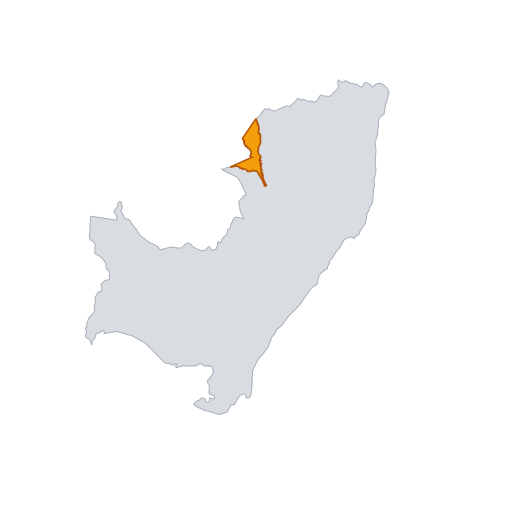 Tahuamanu, Madre de Dios, Peru shown in context, rotated 246°
{"feature_id": "86281439B15199345066694", "entity_name": "Tahuamanu", "entity_type": "district", "adm_level": 2, "iso_a3": "PER", "parent_name": "Peru", "parent_adm1": "Madre de Dios", "projection": "albers", "projection_center": [-70.382, -10.903], "detail": "fine", "context": "in_parent", "style": "filled", "palette": "amber", "viewbox_px": 512, "rotation_deg": 246, "n_neighbors": 0, "source": "geoboundaries", "source_scale": "gbopen_adm2", "svg_char_len": 9167}
<svg xmlns="http://www.w3.org/2000/svg" viewBox="0 0 512 512"><g transform="rotate(246 256 256)"><path d="M361.2,152.8L361.1,154.1L359.4,154.8L357.8,153.8L355.5,154.1L352.1,151.0L343.9,151.5L340.3,155.1L334.8,155.9L328.9,157.6L322.2,158.3L311.6,164.2L309.2,166.6L304.5,170.1L300.6,171.2L298.8,181.8L295.0,188.0L293.6,191.4L295.7,196.5L295.7,199.0L293.6,201.0L291.8,201.3L288.2,203.5L283.0,208.2L282.0,211.8L283.8,216.5L283.2,217.1L278.8,218.0L279.0,220.7L278.1,221.7L281.8,225.5L283.9,226.3L284.1,227.3L283.7,228.3L282.9,228.7L282.8,229.5L285.6,232.3L287.6,237.9L291.5,240.7L291.6,242.5L292.7,244.3L294.8,245.6L299.5,251.2L299.6,253.9L294.8,259.9L302.8,259.8L311.7,261.9L313.0,262.8L314.1,265.5L314.2,267.3L316.0,268.7L315.8,272.0L327.5,272.0L335.1,271.2L347.3,261.1L349.3,260.2L348.3,262.4L348.1,264.0L348.8,265.7L347.4,268.2L347.3,292.8L349.5,291.5L352.3,293.8L354.4,293.9L361.1,291.1L368.9,291.6L386.9,323.8L385.3,326.0L385.4,327.6L383.2,329.0L380.9,331.6L380.8,344.3L378.9,348.2L379.9,350.2L380.9,354.3L382.5,356.7L383.0,358.3L382.8,358.9L380.3,360.2L380.1,362.6L375.6,367.1L374.8,370.2L373.1,371.2L372.8,374.6L376.8,380.3L374.2,383.7L371.8,388.6L375.8,399.2L377.5,400.7L379.2,400.6L381.9,401.5L383.3,403.1L380.0,405.0L379.5,405.9L379.7,409.3L376.1,411.9L371.4,418.5L370.1,418.8L367.6,420.8L367.2,421.8L367.6,422.7L369.7,424.7L369.9,427.1L366.4,430.0L364.0,430.3L363.1,431.1L364.1,435.2L364.1,437.0L363.3,439.2L361.6,441.5L356.5,443.9L351.8,444.3L343.9,438.3L341.4,435.8L333.6,430.7L332.3,425.4L329.7,422.8L324.8,420.8L321.0,418.0L318.1,416.8L311.0,410.8L304.4,408.9L292.3,402.6L285.7,400.6L277.3,394.7L272.7,393.1L269.0,390.4L258.0,384.6L256.2,382.8L254.5,379.9L252.0,378.1L249.2,374.2L245.0,371.9L241.0,368.8L236.0,360.5L233.7,358.6L233.5,354.8L231.8,353.1L234.2,351.8L235.6,345.8L234.7,342.8L228.9,334.9L227.8,331.6L223.6,325.6L222.0,321.9L218.7,319.3L217.2,317.0L215.4,316.1L215.2,313.2L213.8,307.9L211.9,305.2L205.3,300.3L204.5,294.8L202.9,291.0L193.4,275.8L187.7,261.0L183.0,252.9L181.0,248.1L180.8,245.6L177.3,241.3L175.4,237.3L167.7,229.8L163.1,221.3L162.4,218.8L159.3,214.1L154.3,208.1L151.9,205.8L137.2,198.6L130.2,194.2L129.3,191.9L129.6,190.5L131.0,189.2L133.1,190.1L134.4,189.6L135.3,187.9L135.2,185.3L133.9,182.1L129.0,175.9L130.1,173.0L125.1,165.8L126.0,158.6L127.0,156.8L133.8,149.3L135.6,146.1L138.6,144.1L141.6,141.1L145.3,138.7L146.3,139.4L147.6,143.3L147.5,145.9L148.6,148.7L146.1,151.4L143.3,150.9L142.2,151.6L141.9,152.8L142.4,154.8L143.1,155.6L145.2,155.6L142.5,159.5L142.8,160.2L144.8,160.9L146.6,159.8L148.5,157.6L149.7,157.3L156.9,160.7L160.2,160.2L162.8,161.9L163.2,164.5L166.9,169.7L172.2,170.9L173.1,170.4L174.2,168.4L175.4,168.1L175.6,165.1L180.1,161.8L180.7,159.7L180.0,158.2L180.1,157.0L182.6,149.9L183.4,149.2L184.1,146.9L185.2,145.5L186.5,137.7L187.8,137.7L189.0,139.5L190.4,139.0L189.6,137.3L189.9,136.6L194.8,130.3L196.4,128.9L220.9,119.7L233.1,110.7L243.7,98.2L246.9,85.7L248.2,86.6L250.3,86.2L249.5,81.3L249.9,78.9L249.8,78.2L246.4,75.2L244.9,72.0L241.9,70.2L242.0,69.5L245.2,70.1L248.1,69.8L250.5,67.7L252.3,67.8L256.4,70.6L259.4,70.8L260.4,72.8L263.4,74.2L267.6,78.4L269.6,83.0L269.5,83.9L271.3,86.3L275.4,87.4L279.4,90.8L283.6,91.9L285.5,95.0L286.7,95.9L287.3,97.7L286.6,99.8L287.3,100.9L290.4,102.7L293.0,102.8L293.6,103.6L295.1,108.8L294.1,111.4L294.5,112.8L298.0,114.0L299.0,115.1L301.7,115.4L305.6,114.2L310.4,115.8L314.1,115.2L315.8,114.7L317.6,113.6L319.0,113.6L322.8,110.3L323.9,110.0L327.9,111.5L331.3,113.7L335.5,113.3L337.2,111.9L340.3,111.1L345.8,113.9L347.0,115.2L348.5,115.4L354.4,118.2L355.4,119.3L358.5,120.3L359.2,121.2L359.0,122.2L345.2,143.4L349.5,145.1L353.4,144.1L355.5,145.5L357.0,148.9L360.1,151.2L361.2,152.8Z" fill="#d9dde1" stroke="#a8b0b8" stroke-width="1"/><path d="M316.0,293.5L316.4,293.7L316.4,294.0L316.8,294.4L317.4,294.4L317.5,294.3L318.1,293.8L318.3,294.0L318.5,294.0L318.8,293.9L319.3,294.0L319.4,293.8L319.7,293.8L320.0,293.8L320.4,293.9L320.6,293.7L320.9,293.9L320.9,293.7L321.2,293.6L321.4,293.7L321.5,293.7L321.6,293.9L321.8,293.9L321.7,294.0L321.9,293.9L322.2,293.9L322.2,293.7L322.5,293.8L322.5,293.6L322.3,293.5L322.3,293.4L322.6,293.5L322.9,293.8L323.0,293.6L323.1,293.9L323.3,293.9L323.3,294.0L323.5,294.0L323.8,294.1L323.9,294.3L324.6,294.2L324.7,294.4L325.3,294.0L325.5,294.1L325.5,294.3L325.6,294.5L325.9,294.6L326.0,294.7L326.2,294.9L326.3,294.6L326.7,294.6L326.9,294.7L327.0,294.5L327.2,294.8L327.3,294.5L327.6,294.7L327.9,294.5L328.1,294.8L328.2,294.5L328.4,294.4L328.6,294.6L328.9,294.3L329.0,294.7L329.1,294.4L329.3,294.4L329.9,294.8L330.0,294.7L329.9,294.5L330.0,294.5L330.3,294.8L330.7,294.8L330.9,294.9L331.0,294.8L330.9,295.0L331.0,295.2L330.8,295.2L330.8,295.4L331.1,295.2L331.2,295.3L331.1,295.5L331.5,295.5L331.9,295.8L332.2,295.7L332.4,296.0L332.2,296.2L332.4,296.3L332.5,296.2L332.4,296.1L332.9,296.0L333.2,295.8L333.3,296.2L333.7,296.1L333.6,296.4L333.7,296.5L333.9,296.3L334.2,296.5L334.3,296.3L334.7,296.6L334.9,296.6L335.0,296.3L335.0,296.7L335.3,296.8L335.2,297.1L335.5,296.8L335.6,297.0L336.1,297.0L336.4,297.4L336.5,297.1L336.7,296.9L336.8,297.3L337.3,297.2L337.5,297.6L337.7,297.3L338.0,297.2L337.9,297.4L338.1,297.6L338.1,297.4L338.3,297.5L338.6,297.5L338.6,297.8L338.8,297.5L339.0,297.8L339.3,297.7L339.3,298.0L339.4,297.9L339.4,297.6L339.6,297.7L339.7,298.1L339.9,298.1L340.0,297.9L340.1,298.0L340.4,298.2L340.7,298.1L340.8,298.3L341.1,298.4L341.2,298.6L341.4,298.3L341.5,298.4L341.5,298.6L341.9,298.3L341.8,298.7L342.0,298.5L342.3,298.4L342.5,298.6L342.5,298.3L342.8,298.6L342.5,299.1L343.0,299.2L343.1,299.4L343.3,299.3L343.6,299.2L343.8,299.3L343.7,299.8L344.0,299.8L344.2,300.1L344.2,299.8L344.1,299.7L344.4,300.1L344.6,300.2L344.7,300.5L344.9,300.4L345.1,300.5L345.1,300.3L345.2,300.5L350.6,299.9L351.1,300.3L351.1,300.8L351.5,300.9L351.9,301.5L352.7,301.6L353.0,302.0L353.4,301.8L353.6,302.0L354.1,301.9L354.4,302.1L354.5,302.3L354.7,302.9L355.0,303.2L355.1,303.6L355.4,303.8L355.4,304.2L355.9,304.4L356.0,304.7L356.4,305.1L356.7,305.6L357.4,305.9L357.6,305.9L357.6,306.2L358.0,306.4L358.5,306.6L358.8,306.7L359.2,306.8L359.7,307.3L360.4,307.1L360.6,307.4L361.1,307.3L361.6,307.8L361.9,307.6L361.9,307.9L362.2,307.9L362.2,308.0L362.4,308.3L362.7,308.5L362.9,308.5L363.1,308.7L363.5,308.8L363.8,309.0L364.1,308.8L364.3,309.1L364.9,309.1L365.2,309.3L365.6,309.1L365.9,309.3L366.0,309.0L366.2,308.8L366.5,308.8L366.5,308.5L366.8,308.4L366.9,308.6L367.1,308.4L367.3,308.3L367.5,308.6L367.9,308.3L368.2,308.5L368.7,308.7L368.8,308.9L368.7,309.1L369.3,309.2L369.5,309.5L369.9,309.7L369.9,310.0L370.5,310.1L371.1,310.7L371.4,310.7L371.6,310.6L371.8,310.7L372.0,310.6L372.3,310.7L373.0,311.0L373.3,311.3L373.5,311.3L373.8,311.4L374.0,311.3L374.3,311.5L374.7,311.2L374.9,311.4L375.3,311.1L375.5,311.2L375.6,310.9L375.8,310.9L376.2,311.3L376.3,311.1L376.7,311.3L376.7,311.5L377.9,311.6L378.2,311.9L378.5,311.7L378.6,311.8L378.5,311.7L378.9,311.4L379.3,311.4L379.4,311.6L379.8,311.7L380.0,311.6L380.3,311.5L380.7,311.6L380.9,311.5L381.2,311.6L378.5,306.8L376.0,303.0L368.9,291.4L368.7,291.4L368.8,291.5L368.5,291.4L368.3,291.5L368.2,291.7L367.8,291.7L367.3,291.6L367.1,291.8L366.6,291.8L366.5,292.0L366.4,291.9L366.1,292.1L366.0,291.9L365.7,292.1L365.6,291.9L365.2,291.3L364.9,291.4L365.0,291.1L364.8,291.3L364.6,291.1L364.4,291.1L364.2,291.1L363.8,291.2L363.7,291.1L363.4,291.0L363.2,291.2L362.9,291.2L362.3,290.9L362.0,291.0L361.9,291.2L361.7,291.0L361.3,291.1L361.2,291.3L360.8,291.5L360.7,291.4L360.6,291.7L360.4,291.6L360.3,291.9L360.2,291.8L359.8,292.1L359.6,292.0L359.0,292.3L359.0,292.5L358.7,292.4L358.4,292.3L358.4,292.5L358.2,292.5L357.7,293.0L357.1,293.3L357.1,293.5L356.7,293.4L356.3,293.7L355.4,293.6L355.0,293.7L354.8,293.8L354.6,293.8L354.1,294.0L353.4,294.0L353.1,293.8L352.7,293.8L352.5,293.6L351.4,293.4L351.4,293.1L351.1,292.5L350.8,292.3L350.5,291.9L350.1,291.6L349.8,291.5L349.7,291.2L347.8,292.6L347.8,269.2L347.3,269.5L347.4,269.8L347.1,270.5L347.1,270.9L346.7,271.3L346.9,271.9L346.8,272.0L346.6,272.3L347.0,272.7L346.9,272.9L347.2,273.3L347.1,273.5L346.9,273.6L346.7,273.9L346.5,274.0L346.4,274.2L346.1,274.3L345.9,274.7L345.9,275.2L345.4,275.7L345.0,275.8L344.0,277.1L342.7,277.1L342.4,277.3L342.4,277.6L342.5,278.1L342.2,278.8L341.6,278.7L340.6,278.8L340.6,279.0L340.8,279.9L339.9,280.8L340.0,281.0L339.5,281.8L338.4,282.3L337.9,282.3L337.6,282.3L337.4,282.3L337.0,282.9L336.6,282.9L336.6,283.7L336.0,283.9L335.5,285.1L335.8,285.4L335.6,285.7L335.3,286.1L335.3,286.4L335.6,286.7L335.4,287.0L335.5,287.6L335.3,287.7L335.5,288.0L335.0,288.0L334.7,288.2L334.5,288.9L334.4,289.6L334.0,290.0L333.7,290.1L333.5,290.7L333.1,290.9L332.8,291.6L332.5,291.5L332.3,291.7L332.0,291.5L331.6,291.7L330.4,291.7L330.1,291.9L329.7,291.9L329.3,291.8L329.2,291.6L328.6,291.9L326.7,292.2L326.5,292.3L326.1,292.0L325.9,292.2L325.7,292.1L325.5,292.3L325.4,292.6L325.2,292.3L324.7,292.5L324.1,292.4L323.5,292.5L323.1,292.9L322.8,292.6L322.1,292.7L321.8,292.5L321.2,292.6L320.9,292.7L320.3,292.6L320.1,292.5L319.9,292.6L319.4,292.4L319.0,292.6L318.8,292.6L318.6,292.9L317.8,292.7L317.5,292.5L317.1,292.6L317.1,292.3L316.5,292.6L316.4,292.8L316.1,292.6L315.9,292.9L316.1,293.3L316.0,293.5Z" fill="#f59e0b" stroke="#b45309" stroke-width="1.5"/></g></svg>